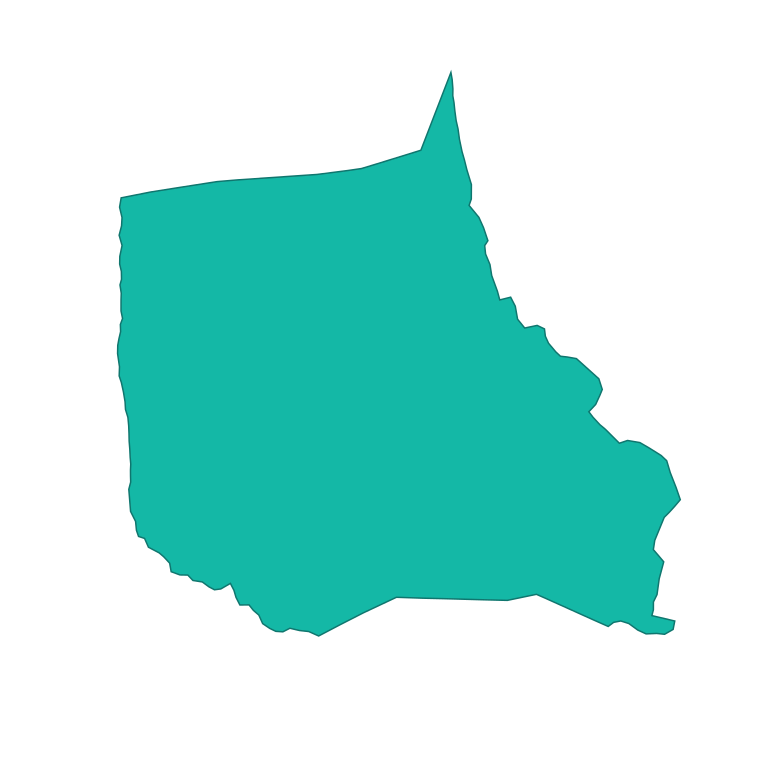 Cajazeiras, Paraíba, Brazil (orthographic projection), rotated 260°
{"feature_id": "56859067B23087761715459", "entity_name": "Cajazeiras", "entity_type": "district", "adm_level": 2, "iso_a3": "BRA", "parent_name": "Brazil", "parent_adm1": "Paraíba", "projection": "orthographic", "projection_center": [-38.549, -6.93], "detail": "fine", "context": "isolated", "style": "filled", "palette": "teal", "viewbox_px": 768, "rotation_deg": 260, "n_neighbors": 0, "source": "geoboundaries", "source_scale": "gbopen_adm2", "svg_char_len": 2158}
<svg xmlns="http://www.w3.org/2000/svg" viewBox="0 0 768 768"><g transform="rotate(260 384 384)"><path d="M100.1,629.2L109.4,607.6L114.9,610.1L122.6,611.5L129.2,616.3L144.4,621.2L160.3,628.6L167.9,624.2L174.1,620.5L183.0,623.5L204.0,636.8L208.3,642.9L213.1,649.1L218.6,655.7L231.2,653.7L247.1,650.5L259.3,649.1L265.4,644.6L274.8,634.2L281.9,625.8L286.1,614.0L284.8,605.5L293.5,599.4L300.9,594.2L306.5,589.5L314.9,584.1L321.1,580.9L327.1,588.9L335.2,594.5L340.7,598.0L351.8,596.5L375.6,577.9L378.8,569.1L380.7,562.6L385.9,558.7L395.6,553.1L403.0,551.2L410.4,551.6L415.1,545.0L414.7,532.3L424.6,526.8L437.8,526.8L447.5,523.8L446.7,512.6L455.6,511.8L472.1,508.9L483.2,509.1L494.4,506.6L502.8,507.2L507.1,511.2L520.5,509.2L531.6,506.4L545.1,498.8L551.0,502.1L565.2,504.7L580.7,502.8L590.8,502.1L599.4,501.2L612.0,500.8L622.3,501.2L630.8,500.8L640.7,501.2L649.1,501.8L655.9,501.8L662.7,503.1L672.0,504.0L679.2,504.0L607.8,460.9L602.0,415.0L600.1,399.2L600.5,385.9L602.0,354.4L610.4,275.6L612.3,254.8L613.0,220.6L613.6,187.8L613.0,157.5L604.1,154.3L593.4,154.9L585.3,153.0L576.5,149.0L565.9,150.1L555.6,146.0L548.0,144.5L540.4,144.9L532.7,143.7L527.4,141.2L519.0,141.0L512.3,139.6L501.6,137.7L493.9,137.9L488.4,134.7L481.3,133.7L474.5,130.8L468.3,128.5L460.2,126.9L446.9,126.5L437.9,124.6L431.1,125.6L421.5,126.0L411.4,125.9L403.8,125.0L395.6,126.0L387.1,125.3L379.7,124.3L372.0,123.1L363.6,122.3L355.9,121.3L349.1,120.7L343.3,119.4L337.4,118.4L331.4,117.5L324.6,114.4L313.0,113.3L302.5,112.3L291.8,115.5L282.9,114.8L276.5,115.8L273.5,121.4L264.1,123.7L256.7,133.3L252.2,137.0L244.8,141.8L236.1,141.8L231.4,149.9L229.9,157.6L223.7,161.7L220.6,170.7L214.7,176.3L210.8,181.3L210.5,187.7L214.3,198.1L206.9,200.4L199.6,201.2L191.4,203.7L189.9,212.7L183.7,216.1L178.2,220.6L169.1,222.9L163.1,229.1L159.2,234.5L157.5,241.4L159.8,248.9L155.9,258.0L153.3,266.9L147.2,275.9L154.6,299.1L162.3,324.2L171.8,359.2L166.2,385.7L162.3,405.2L154.3,444.2L149.5,467.9L150.4,497.6L145.0,505.7L114.9,549.9L106.3,562.7L109.4,568.8L109.5,576.0L105.6,583.5L97.6,591.2L92.4,598.7L91.0,609.2L88.8,616.9L92.1,626.1L100.1,629.2Z" fill="#14b8a6" stroke="#0f766e" stroke-width="1.5"/></g></svg>